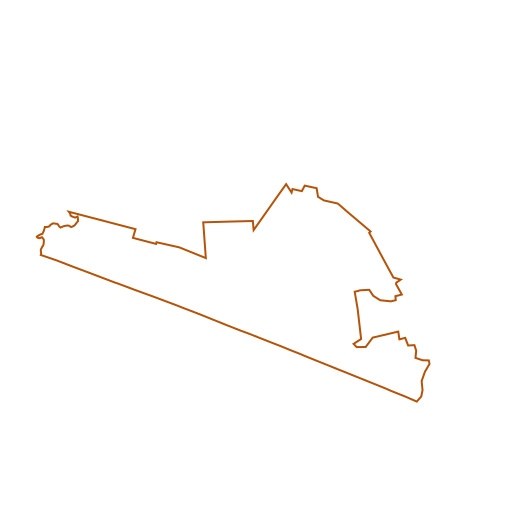 the district of Oxford, Maine, United States of America, rotated 294°
{"feature_id": "52423323B46347201261258", "entity_name": "Oxford", "entity_type": "district", "adm_level": 2, "iso_a3": "USA", "parent_name": "United States of America", "parent_adm1": "Maine", "projection": "equal_earth", "projection_center": [-70.823, 44.566], "detail": "fine", "context": "isolated", "style": "outline", "palette": "amber", "viewbox_px": 512, "rotation_deg": 294, "n_neighbors": 0, "source": "geoboundaries", "source_scale": "gbopen_adm2", "svg_char_len": 1882}
<svg xmlns="http://www.w3.org/2000/svg" viewBox="0 0 512 512"><g transform="rotate(294 256 256)"><path d="M230.9,456.3L228.5,450.6L227.8,443.1L234.6,440.9L239.0,437.0L236.1,431.4L241.9,425.6L238.2,420.9L244.8,416.7L228.9,395.8L217.5,393.2L213.7,385.0L215.4,380.9L222.9,385.8L248.8,370.5L263.5,360.7L265.4,363.2L267.0,365.1L271.2,373.2L267.3,379.3L266.1,387.5L269.5,397.8L272.5,401.6L276.0,399.7L280.1,404.9L287.3,395.3L288.7,395.0L293.3,397.8L292.2,390.3L299.2,381.1L309.3,368.0L311.4,365.3L323.2,350.0L325.0,350.7L333.9,320.2L337.2,309.4L334.4,295.4L335.3,288.6L342.6,283.8L340.1,271.9L333.9,271.5L332.0,262.1L328.4,262.7L333.9,254.3L320.2,251.5L278.7,243.3L286.7,238.9L275.8,216.0L265.3,194.1L233.7,211.0L232.7,182.4L228.1,159.5L226.4,159.8L222.5,136.2L231.5,135.0L220.3,67.0L219.4,68.6L219.0,69.1L218.5,69.5L217.5,70.1L217.3,72.0L217.5,75.1L219.0,76.6L219.4,76.9L218.3,77.8L215.7,79.2L211.3,78.1L210.0,77.7L208.4,76.5L207.6,75.8L207.3,75.2L207.6,72.8L207.2,71.4L205.3,68.5L203.9,67.1L202.6,66.0L202.5,65.9L202.9,64.4L203.1,63.9L204.2,62.4L204.5,61.4L203.3,57.3L202.6,56.8L200.9,55.6L199.0,55.1L198.0,54.0L196.9,52.1L196.6,51.3L193.3,51.9L189.5,51.9L188.7,51.3L188.6,50.8L188.0,50.3L186.2,48.9L185.6,48.4L184.4,47.9L184.0,48.6L183.9,49.0L184.3,51.3L185.5,52.1L186.1,52.9L186.0,53.1L184.7,55.4L183.6,56.0L182.1,56.6L180.3,57.1L178.8,57.3L177.9,57.0L174.5,56.8L173.0,57.4L171.5,58.4L170.6,58.8L169.4,59.0L170.8,74.5L171.7,91.9L172.3,101.7L174.4,138.6L174.6,139.9L175.7,158.2L177.3,181.0L178.7,204.8L178.9,209.9L180.0,231.4L180.4,243.2L180.9,257.3L181.6,272.8L182.1,279.8L183.2,305.3L183.7,315.3L184.0,325.7L184.2,330.2L184.5,337.2L184.5,337.3L184.5,340.7L185.8,376.8L186.0,381.5L186.5,395.4L187.7,428.9L187.7,434.2L187.9,439.3L188.3,449.5L188.4,462.1L194.9,464.1L201.2,462.7L209.1,458.2L218.9,457.4L228.0,458.4L230.9,456.3Z" fill="none" stroke="#b45309" stroke-width="2"/></g></svg>